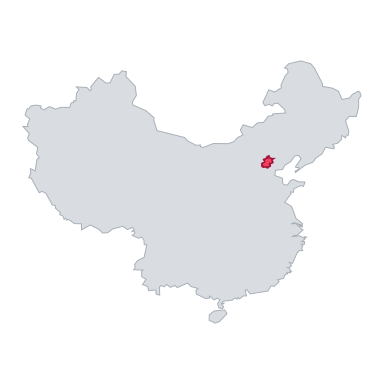 where Beijing sits in China
{"feature_id": "CHN-1155", "entity_name": "Beijing", "entity_type": "Municipality", "adm_level": 1, "iso_a3": "CHN", "parent_name": "China", "parent_adm1": "", "projection": "albers", "projection_center": [116.383, 40.244], "detail": "fine", "context": "in_parent", "style": "filled", "palette": "rose", "viewbox_px": 384, "rotation_deg": 0, "n_neighbors": 0, "source": "natural_earth", "source_scale": "10m", "svg_char_len": 5621}
<svg xmlns="http://www.w3.org/2000/svg" viewBox="0 0 384 384"><path d="M205.6,298.5L196.4,294.1L196.0,290.3L197.9,288.4L191.2,286.6L187.5,283.1L177.2,287.6L175.2,285.5L170.2,287.3L166.9,284.5L164.0,286.8L161.1,285.5L159.5,287.0L159.7,295.1L156.2,294.2L155.7,290.0L148.6,290.7L147.7,286.5L142.5,284.6L146.0,279.3L141.8,276.8L141.5,271.4L142.9,270.1L133.7,269.7L135.2,267.7L134.6,264.5L137.6,260.5L144.2,257.3L146.7,244.9L144.3,244.6L143.9,240.0L141.5,236.8L138.8,238.3L132.2,235.4L134.8,233.3L134.3,231.0L132.1,231.5L134.1,229.4L132.4,227.5L127.4,229.5L122.9,226.3L112.7,228.9L107.6,232.7L102.6,233.0L98.7,229.2L90.2,225.0L81.5,229.9L81.5,223.8L74.4,223.6L68.6,219.4L66.8,220.2L65.6,218.2L64.1,219.3L63.0,216.1L59.6,214.5L60.5,212.7L55.5,208.2L55.5,205.8L52.2,204.8L45.8,193.1L42.0,191.4L39.2,192.7L31.2,178.1L28.8,177.9L30.7,173.3L30.4,168.6L35.2,170.9L37.0,159.2L39.3,157.9L36.5,153.7L37.7,147.4L28.4,140.2L27.7,137.9L29.3,133.7L23.0,126.4L27.9,126.7L27.4,124.7L29.8,119.1L25.1,114.9L27.1,108.8L29.0,108.7L31.1,105.8L36.9,105.1L41.1,106.0L40.7,108.4L44.1,109.8L49.4,106.6L55.8,109.2L60.6,107.4L69.7,107.4L71.2,102.9L73.8,102.3L73.5,100.8L75.9,100.9L76.5,93.4L78.9,89.4L76.4,86.9L86.8,87.5L90.3,90.8L91.5,88.9L90.6,87.1L98.5,77.4L106.0,83.1L110.1,82.7L114.2,74.3L118.9,74.2L121.9,70.8L126.5,71.8L125.8,76.4L135.2,86.2L136.4,95.3L132.3,102.2L132.7,104.9L145.8,110.6L154.2,117.9L153.6,119.6L157.0,130.6L184.6,137.5L187.8,141.0L196.0,145.3L200.5,145.0L200.3,146.6L202.9,147.5L213.6,143.5L228.0,143.7L234.0,141.6L237.7,137.5L242.9,135.0L240.3,129.9L243.2,124.8L252.2,127.6L257.5,122.9L263.5,122.4L268.2,116.2L272.3,115.6L272.8,113.9L285.5,113.0L284.5,109.4L278.1,103.4L274.4,103.4L272.2,106.0L269.2,104.3L264.8,105.7L262.9,102.4L268.8,89.8L274.7,92.0L281.5,87.7L280.9,85.2L285.0,76.2L288.1,72.4L287.5,69.0L284.5,68.0L288.8,63.7L300.8,60.9L310.7,63.7L314.5,68.3L322.3,83.4L322.5,86.4L332.6,88.2L338.4,91.2L342.1,99.5L349.5,98.0L352.3,94.5L357.7,91.4L359.7,91.9L361.0,95.8L358.6,99.4L358.6,107.5L356.3,116.5L349.4,116.3L345.5,120.6L348.8,131.3L348.3,135.0L345.0,136.9L345.8,138.2L341.8,135.3L341.3,139.6L337.5,143.3L332.7,144.4L334.4,147.0L333.8,148.8L325.5,147.3L322.1,153.9L316.1,157.9L312.9,162.2L304.9,165.3L295.5,172.5L295.1,171.1L298.3,169.5L299.0,167.4L295.9,167.6L295.7,166.3L301.1,158.8L298.4,155.4L294.6,156.1L290.9,161.4L284.8,165.3L282.5,169.6L275.5,170.2L274.8,175.5L282.5,178.3L282.7,183.6L284.8,185.0L287.6,184.8L290.5,180.7L293.4,179.4L298.8,181.9L305.0,182.0L303.4,186.4L300.8,185.6L294.2,188.5L293.3,192.3L290.5,191.9L291.2,193.5L284.6,202.3L291.6,206.4L295.9,218.3L302.6,223.7L302.2,225.2L294.0,222.6L290.9,224.0L295.3,223.4L303.0,229.9L297.1,235.3L294.1,235.4L292.5,236.6L299.5,235.8L305.2,238.7L301.5,241.8L304.6,241.6L304.4,244.2L301.3,244.4L302.9,245.7L301.6,248.1L302.7,250.6L299.6,250.5L297.0,253.0L292.6,263.4L289.4,262.4L291.6,265.7L288.7,267.8L286.5,267.4L289.8,268.2L290.0,272.7L286.9,272.3L287.7,273.9L285.5,274.2L283.4,278.5L277.6,279.7L279.2,281.4L274.3,286.3L271.0,285.9L267.9,291.0L250.1,293.9L246.6,289.5L245.2,290.9L246.6,295.9L243.3,295.9L239.5,298.9L237.9,297.4L237.4,299.1L234.8,298.1L232.2,300.1L223.3,301.2L221.3,303.9L223.7,307.1L222.3,308.7L218.9,307.9L217.6,303.8L219.9,299.9L217.3,298.2L214.1,299.9L209.5,296.0L209.5,298.0L205.6,298.5ZM224.6,309.9L227.0,313.6L219.3,321.7L215.1,323.1L209.1,320.3L209.3,314.8L214.1,311.0L224.6,309.9ZM302.9,226.7L300.7,226.4L298.6,224.6L300.2,224.9L302.9,226.7ZM306.4,237.1L304.7,237.7L304.3,236.7L306.4,237.1ZM291.5,271.1L290.6,272.3L290.7,270.8L291.5,271.1ZM222.2,303.6L224.0,303.1L223.8,303.9L222.2,303.6Z" fill="#d9dde1" stroke="#a8b0b8" stroke-width="1"/><path d="M272.9,161.7L273.0,162.0L272.9,162.3L272.8,162.5L272.7,162.7L272.7,162.8L272.2,163.0L271.2,163.2L270.9,163.4L269.9,163.4L269.6,163.4L269.5,163.5L269.4,163.6L269.4,163.9L269.4,164.0L269.5,164.4L269.6,164.5L269.8,164.6L269.9,164.8L270.0,164.8L270.2,165.0L270.2,164.9L270.3,164.9L270.4,165.2L270.4,165.3L270.4,165.5L270.2,165.8L270.1,166.0L270.0,166.3L269.8,166.6L269.7,166.6L269.0,166.7L268.7,166.6L268.3,166.7L268.3,166.8L268.2,166.8L268.2,167.0L267.9,167.1L267.6,167.2L267.6,167.3L267.5,167.5L267.7,167.8L267.4,167.9L267.0,167.8L266.9,167.8L266.5,167.4L266.3,167.2L266.3,166.9L266.2,166.9L265.7,167.0L265.4,167.0L265.1,167.0L264.8,166.9L264.7,166.9L264.4,167.0L264.2,167.1L263.9,167.1L263.8,167.3L263.7,167.3L263.4,167.2L263.2,167.1L263.1,166.9L263.1,166.7L262.8,166.7L262.7,166.7L262.4,166.7L262.1,166.6L261.9,166.4L261.8,165.6L261.8,165.4L262.0,165.3L262.3,165.3L262.5,165.2L262.4,165.0L262.2,164.9L262.1,164.7L262.2,164.4L262.1,164.2L261.9,164.1L261.7,163.9L261.7,163.7L261.8,163.7L262.0,163.6L262.2,163.2L262.3,163.2L262.6,162.9L264.0,162.5L264.2,162.4L264.3,162.3L264.4,162.1L264.5,161.9L264.7,161.7L264.7,161.3L264.7,161.2L263.5,159.6L263.5,159.4L263.8,159.3L264.3,159.1L264.5,159.0L265.0,159.2L265.3,159.1L265.6,158.8L265.8,158.8L265.8,158.7L266.3,158.0L266.4,157.9L266.5,157.9L266.7,158.0L266.8,158.1L267.0,158.0L267.0,157.9L267.4,157.9L267.6,157.9L267.8,157.9L267.7,157.7L267.1,156.9L267.1,156.7L267.4,156.8L267.5,156.9L267.8,156.6L268.5,156.2L268.5,155.9L268.8,155.8L268.8,156.3L268.9,156.5L269.0,156.7L269.2,156.8L269.4,157.1L269.5,157.1L269.9,157.5L270.0,157.7L270.3,158.0L270.6,158.2L271.1,158.6L271.3,158.6L271.5,158.5L271.8,158.4L272.5,158.7L273.3,158.6L273.6,158.6L273.3,158.8L273.2,159.0L272.9,159.1L272.7,159.2L272.4,159.2L272.3,159.3L272.2,159.4L271.9,159.6L271.9,159.8L271.9,160.0L272.0,160.1L272.2,160.3L272.2,160.7L272.2,160.9L272.2,161.0L272.3,161.1L272.4,161.3L272.5,161.4L272.7,161.6L272.9,161.7Z" fill="#f43f5e" stroke="#9f1239" stroke-width="1.5"/></svg>